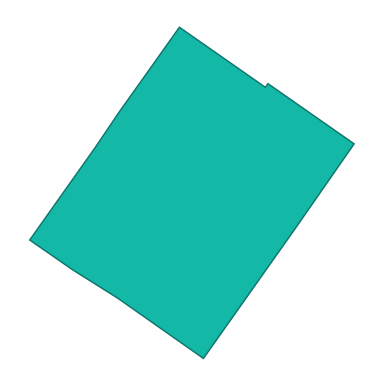 outline of Douglas, Minnesota, United States of America, rotated 125°
{"feature_id": "52423323B43796500945789", "entity_name": "Douglas", "entity_type": "district", "adm_level": 2, "iso_a3": "USA", "parent_name": "United States of America", "parent_adm1": "Minnesota", "projection": "mercator", "projection_center": [-95.419, 45.933], "detail": "fine", "context": "isolated", "style": "filled", "palette": "teal", "viewbox_px": 384, "rotation_deg": 125, "n_neighbors": 0, "source": "geoboundaries", "source_scale": "gbopen_adm2", "svg_char_len": 331}
<svg xmlns="http://www.w3.org/2000/svg" viewBox="0 0 384 384"><g transform="rotate(125 192 192)"><path d="M321.8,87.2L164.3,86.5L59.6,86.8L59.7,191.9L64.2,191.9L64.3,296.8L168.6,297.5L168.8,297.5L211.0,296.8L324.4,297.4L324.4,288.7L324.2,244.8L321.6,192.5L321.8,87.2Z" fill="#14b8a6" stroke="#0f766e" stroke-width="1.5"/></g></svg>